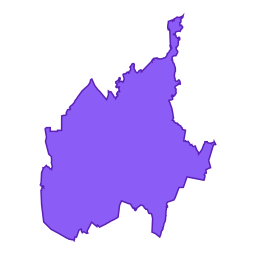 outline of Rušonas pag., Riebinu, Latvia, rotated 270°
{"feature_id": "27541924B29879991166878", "entity_name": "Rušonas pag.", "entity_type": "district", "adm_level": 2, "iso_a3": "LVA", "parent_name": "Latvia", "parent_adm1": "Riebinu", "projection": "robinson", "projection_center": [26.972, 56.22], "detail": "fine", "context": "isolated", "style": "filled", "palette": "violet", "viewbox_px": 256, "rotation_deg": 270, "n_neighbors": 0, "source": "geoboundaries", "source_scale": "gbopen_adm2", "svg_char_len": 5905}
<svg xmlns="http://www.w3.org/2000/svg" viewBox="0 0 256 256"><g transform="rotate(270 128 128)"><path d="M235.9,172.0L234.6,168.4L232.8,168.3L232.1,168.0L228.7,167.7L226.3,168.2L226.0,168.8L226.9,169.2L225.6,169.8L210.8,170.4L210.7,170.0L210.3,169.9L209.9,170.1L210.0,170.8L208.4,170.4L207.6,170.7L207.6,171.1L208.3,171.6L208.1,171.7L207.3,171.3L204.8,169.3L203.8,169.0L202.3,167.2L201.8,167.3L200.3,166.7L198.3,165.3L198.1,164.7L198.1,163.7L197.6,163.0L197.4,162.0L197.0,161.6L197.3,157.8L198.0,157.5L198.0,157.1L197.6,156.8L198.0,156.4L197.6,153.8L196.5,153.7L196.9,153.2L196.7,152.7L195.9,152.6L195.7,152.0L195.0,151.7L194.4,151.9L194.6,151.6L194.4,151.4L184.8,142.1L184.2,141.3L184.8,141.3L184.7,141.6L185.0,141.5L186.1,141.0L186.1,140.6L185.3,139.2L183.6,137.9L183.2,137.1L183.3,136.7L184.7,135.3L185.7,135.1L187.4,134.0L189.4,134.2L189.7,133.8L190.0,134.1L191.8,134.3L192.5,133.2L192.1,132.1L190.0,130.9L188.9,129.9L188.1,130.5L186.1,130.8L184.6,129.3L184.1,129.1L183.7,129.3L183.0,128.8L182.9,128.5L183.9,128.1L183.8,127.4L183.5,126.6L182.2,125.8L182.2,124.2L181.9,123.8L181.9,123.4L181.5,123.0L178.8,123.7L178.2,124.1L176.5,124.2L175.5,123.5L174.7,123.5L173.8,123.0L174.3,122.5L174.5,121.7L174.8,121.1L173.9,119.0L174.4,119.3L175.8,119.5L176.7,120.1L177.6,120.3L178.4,119.8L178.0,119.0L176.9,118.8L175.5,117.9L174.5,116.3L174.0,116.0L174.0,115.7L172.7,115.9L172.1,117.0L171.6,117.2L170.9,116.8L170.0,116.7L170.0,116.2L169.5,115.9L168.7,116.1L168.3,117.1L168.9,118.2L169.0,119.3L168.5,119.3L167.2,118.8L164.5,119.7L164.2,119.6L164.3,119.1L164.9,118.9L164.9,118.5L163.6,117.3L161.7,116.6L160.5,117.4L161.0,117.7L160.1,117.8L159.2,116.6L157.4,115.7L158.8,115.1L159.2,113.9L160.6,113.5L161.6,112.6L164.0,111.2L164.2,110.7L163.9,109.9L165.0,108.4L161.0,108.4L156.3,106.6L164.1,100.1L166.4,97.8L170.3,94.8L177.0,91.8L176.1,90.6L173.7,90.1L170.7,88.3L165.1,82.1L158.2,77.1L157.2,76.7L155.8,75.3L152.9,73.9L150.7,71.7L149.6,70.2L148.4,69.6L147.9,70.2L147.2,70.4L146.5,70.2L146.6,68.5L146.2,67.6L143.4,66.3L142.7,66.2L141.9,66.7L141.3,66.2L140.8,65.5L140.6,63.5L140.1,61.7L125.6,61.6L125.7,57.5L124.6,57.4L124.7,50.2L128.4,50.3L128.4,46.3L127.2,45.5L127.0,45.1L118.8,46.5L114.6,45.5L101.8,48.8L99.4,51.4L94.7,51.6L93.5,51.3L89.3,52.4L88.8,52.0L86.7,51.6L87.3,51.1L87.0,50.2L87.1,49.9L89.0,48.8L89.0,47.6L90.6,46.3L88.4,44.3L88.2,44.0L88.3,43.0L87.0,43.1L83.5,41.6L73.2,41.1L71.1,40.3L70.8,40.9L69.5,41.5L69.4,41.9L70.0,42.3L70.1,42.7L69.8,43.4L69.0,43.7L68.3,43.7L68.9,43.1L67.7,41.9L66.9,41.5L65.8,41.5L65.6,41.0L51.5,41.6L34.1,43.7L26.6,51.2L22.9,58.2L17.9,66.8L17.5,68.1L17.0,68.6L16.3,71.9L16.2,73.5L15.4,74.1L19.0,75.0L18.9,76.5L26.0,79.0L26.3,80.1L26.9,80.6L26.8,81.4L24.8,81.5L23.3,82.3L24.1,83.4L24.1,84.1L22.6,86.7L22.9,87.8L24.9,87.1L33.8,91.6L29.4,96.9L31.0,97.5L28.9,99.5L32.0,105.9L32.8,106.8L33.0,107.7L35.2,111.2L35.9,112.9L38.0,116.8L39.0,118.1L50.8,119.6L55.1,121.5L52.3,128.9L52.4,129.5L51.5,131.0L50.5,131.2L49.9,131.8L48.1,132.6L47.8,133.6L48.2,133.8L47.6,134.4L47.5,135.1L46.9,134.8L46.7,134.4L45.8,134.8L46.0,135.3L45.6,135.7L48.4,137.3L51.1,141.0L49.9,143.6L48.2,144.3L47.1,145.7L46.7,145.8L46.8,146.9L45.8,147.7L42.9,148.7L42.5,149.4L42.5,150.7L42.2,151.4L41.7,151.7L37.5,152.6L23.9,152.0L22.5,155.3L19.0,159.7L21.1,160.6L24.6,161.4L26.8,162.9L27.1,163.0L27.8,162.5L28.5,162.7L28.8,163.3L32.4,164.0L35.0,165.2L37.1,165.6L38.8,165.5L40.4,166.1L41.0,165.7L43.4,166.0L44.2,165.9L47.7,166.5L49.5,166.3L49.9,166.6L48.9,166.9L48.7,167.1L48.9,167.5L50.3,167.4L51.5,166.5L52.8,166.8L53.9,167.5L56.1,173.9L58.2,175.1L68.5,179.0L68.6,183.3L79.1,187.0L75.8,203.9L76.7,204.4L77.9,204.5L79.0,204.9L80.6,204.9L80.9,204.4L81.5,204.3L81.9,204.8L83.1,205.3L83.3,205.6L83.0,206.2L83.6,206.3L86.2,205.8L87.8,209.0L88.3,210.6L95.6,208.7L110.4,213.2L111.2,213.7L111.6,214.5L111.3,215.1L111.6,215.7L114.5,214.2L113.6,214.1L113.7,213.6L112.9,211.3L112.4,211.2L112.9,210.5L112.8,209.4L113.4,207.5L114.3,207.3L114.3,204.9L112.7,204.6L111.0,203.6L106.6,202.0L101.8,198.6L103.8,198.3L105.0,197.4L105.7,197.2L106.1,196.4L107.2,196.3L110.0,195.2L109.4,193.6L109.5,193.1L111.1,191.7L111.4,191.7L110.9,190.3L112.4,189.7L114.7,188.0L114.3,187.2L114.5,186.3L115.3,185.4L114.7,184.9L115.1,183.7L125.8,185.5L125.9,185.4L125.8,184.8L126.7,182.3L128.1,182.2L128.8,181.3L130.0,180.8L130.9,179.2L132.0,178.0L131.7,177.7L132.9,177.1L132.8,176.0L134.3,174.0L135.4,173.8L135.7,172.3L138.1,173.6L139.6,173.1L142.1,172.9L147.8,171.8L152.4,170.1L153.1,170.0L154.7,169.0L155.6,168.8L156.0,170.8L156.5,172.4L156.9,172.7L158.7,172.5L159.7,171.6L160.7,171.9L160.9,172.5L160.6,173.0L159.7,173.3L159.6,173.7L160.6,174.7L163.0,176.2L164.6,175.9L165.8,175.9L166.1,176.1L167.0,176.0L168.4,174.8L168.9,174.8L170.7,176.7L171.3,178.1L171.6,178.4L172.5,178.4L171.9,179.5L171.8,180.2L172.7,180.3L174.6,179.9L175.9,179.3L176.0,178.5L174.9,177.5L174.7,176.3L175.1,175.5L175.6,175.2L177.7,175.0L179.6,174.3L183.4,174.7L184.9,175.4L188.1,175.3L192.5,173.9L193.0,173.6L193.2,173.0L196.0,172.5L195.9,171.9L196.1,171.7L197.1,172.2L198.1,172.0L199.2,172.4L199.9,173.3L200.3,174.6L200.3,175.9L203.2,177.5L204.7,177.7L205.5,177.2L206.2,176.4L208.7,176.0L208.9,176.4L208.9,176.8L209.9,177.4L210.5,178.0L212.8,178.3L215.8,178.3L215.9,179.1L216.1,179.4L216.5,179.3L216.6,179.7L218.0,179.7L218.7,179.2L218.8,178.8L218.1,178.1L217.6,178.2L217.6,177.7L219.2,176.0L220.2,176.0L220.8,175.7L221.2,174.8L221.3,173.6L221.7,173.4L222.3,175.3L223.6,175.6L224.3,176.2L224.8,178.3L224.8,179.6L224.6,180.1L226.7,181.0L227.0,181.6L227.8,182.0L228.2,182.6L229.4,182.5L229.7,182.0L230.8,181.5L230.9,180.8L230.5,180.1L232.1,179.7L233.3,179.8L233.4,180.0L233.2,180.2L233.3,180.5L234.0,180.9L237.3,181.0L237.9,181.4L237.8,181.9L238.7,182.8L240.6,183.2L239.8,182.5L238.4,179.0L238.9,177.5L238.8,176.8L237.7,175.5L237.3,174.4L235.8,174.1L236.4,173.6L235.6,173.0L234.8,172.6L235.3,172.3L235.3,172.0L235.9,172.0Z" fill="#8b5cf6" stroke="#5b21b6" stroke-width="1.5"/></g></svg>